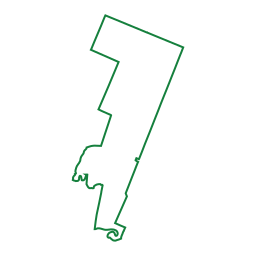 Munteni-Buzau, Ialomita, Romania
{"feature_id": "2599482B31913750834640", "entity_name": "Munteni-Buzau", "entity_type": "district", "adm_level": 2, "iso_a3": "ROU", "parent_name": "Romania", "parent_adm1": "Ialomita", "projection": "orthographic", "projection_center": [26.968, 44.659], "detail": "fine", "context": "isolated", "style": "outline", "palette": "green", "viewbox_px": 256, "rotation_deg": 0, "n_neighbors": 0, "source": "geoboundaries", "source_scale": "gbopen_adm2", "svg_char_len": 3959}
<svg xmlns="http://www.w3.org/2000/svg" viewBox="0 0 256 256"><path d="M181.2,52.6L183.2,47.4L158.4,37.2L154.5,35.6L148.0,32.9L147.4,32.7L147.1,32.6L146.9,32.5L146.9,32.4L146.6,32.4L138.7,29.1L105.4,15.4L105.1,16.0L104.3,17.8L101.0,25.9L94.2,42.0L91.4,48.8L90.9,49.8L118.6,62.0L108.7,85.7L98.5,109.4L102.2,111.2L110.6,114.9L111.0,115.1L111.1,115.3L108.3,123.9L105.5,132.3L102.6,141.1L101.0,145.9L95.7,145.7L94.7,145.7L93.8,145.7L92.9,145.8L92.1,145.9L91.4,146.0L90.3,146.3L89.0,146.7L86.6,147.5L86.6,147.9L86.3,148.7L85.4,149.7L84.8,150.2L84.1,151.2L83.9,151.8L83.7,152.8L83.4,153.6L81.9,155.6L81.2,156.7L80.6,158.3L80.4,159.4L80.3,160.1L80.2,160.8L79.9,161.4L79.5,162.1L79.0,163.1L78.5,163.7L78.0,164.4L77.8,164.7L77.5,165.2L77.2,165.6L76.9,166.1L76.6,166.8L76.2,167.8L76.1,168.1L76.0,168.5L75.9,169.0L75.7,169.5L75.5,170.5L75.5,170.9L75.4,171.3L75.5,171.7L75.6,172.1L75.7,172.5L75.9,173.1L75.2,173.7L75.3,173.8L75.0,174.0L75.2,174.3L75.2,174.5L75.0,174.8L74.8,175.1L74.7,175.3L74.3,175.5L74.1,175.8L73.9,176.0L73.6,176.4L73.5,176.6L73.3,176.9L73.2,177.2L73.2,177.3L73.1,177.5L73.1,177.8L73.0,178.0L73.1,178.4L73.1,178.5L72.8,180.0L73.5,180.3L74.1,180.6L74.4,180.6L74.8,180.7L75.3,180.9L75.8,181.1L76.4,181.0L77.1,181.0L77.5,180.9L78.0,180.8L78.7,180.1L78.8,179.9L79.0,179.6L79.1,179.0L79.1,178.2L79.1,177.7L79.2,177.2L79.5,176.3L79.9,175.9L80.3,175.9L80.9,176.2L81.0,176.6L81.2,176.9L81.4,178.3L81.8,180.2L82.9,180.4L83.6,180.2L84.4,179.6L85.0,178.6L85.5,177.2L85.9,176.1L86.4,175.0L85.8,174.6L86.4,174.6L87.0,174.5L87.3,174.6L86.7,181.7L86.5,184.2L87.1,185.3L87.8,186.6L87.9,186.8L88.3,187.2L88.4,187.4L88.6,187.5L88.9,187.8L89.0,187.9L89.1,188.0L89.3,188.1L89.5,188.1L89.8,188.1L90.0,188.1L90.5,188.1L90.9,188.1L91.0,188.1L91.4,188.0L91.7,188.1L91.9,188.1L92.0,188.1L92.3,188.2L92.5,188.2L92.9,188.3L93.3,188.2L93.6,188.1L94.0,186.3L95.1,185.4L96.6,184.6L97.8,184.3L99.2,184.1L100.2,184.1L100.3,184.2L100.5,184.3L100.7,184.5L101.0,184.7L101.1,184.9L101.3,184.9L101.6,184.9L101.9,184.9L102.1,184.9L102.3,184.9L102.4,185.0L102.5,185.1L102.6,185.3L102.5,185.5L102.5,185.9L102.3,186.9L102.1,187.9L101.8,189.4L101.5,190.9L101.4,191.3L101.4,191.5L101.2,192.9L99.2,202.8L96.7,214.5L95.7,221.0L94.7,229.1L95.3,229.1L96.1,228.9L97.1,228.5L97.8,228.3L99.0,228.3L100.2,228.5L100.8,228.6L101.4,228.8L104.2,229.6L105.3,229.8L107.1,229.8L109.1,229.6L110.7,229.4L111.7,229.4L113.2,229.5L114.2,229.7L115.1,230.1L115.9,230.4L116.6,231.0L117.0,231.4L117.3,232.0L117.7,233.1L117.7,233.6L117.6,234.2L117.4,234.8L117.2,235.1L116.9,235.5L116.6,235.7L116.2,235.8L115.9,235.8L115.6,235.7L115.4,235.4L115.1,234.9L115.0,234.5L114.6,233.3L114.2,232.7L113.7,232.2L113.2,231.9L112.6,231.8L112.1,231.8L111.6,231.9L111.1,232.1L110.4,232.3L109.8,232.6L109.2,232.9L108.6,233.6L108.1,234.2L107.8,234.8L107.6,235.5L107.5,236.0L107.5,236.5L107.7,237.0L107.9,237.2L108.2,237.5L108.5,237.7L109.0,237.7L109.4,237.6L109.8,237.6L110.1,237.8L110.5,238.2L110.9,238.6L111.5,239.1L112.5,239.9L113.1,240.3L113.8,240.5L114.5,240.6L115.2,240.6L115.7,240.6L116.3,240.3L117.2,240.0L118.6,239.6L119.4,239.3L121.1,238.6L121.1,238.0L121.1,237.7L121.2,237.3L121.3,236.8L121.4,236.5L121.6,235.9L122.1,234.7L122.2,234.4L122.4,234.0L122.6,233.6L122.7,233.0L122.9,232.6L123.2,231.8L123.3,231.6L123.4,231.4L123.5,231.4L123.8,230.9L124.1,230.0L125.2,227.5L120.2,225.4L115.1,223.1L117.4,217.9L121.2,209.3L123.8,203.4L126.9,196.4L125.7,193.3L128.4,186.4L130.7,180.5L132.3,176.4L134.6,170.6L135.0,169.6L135.1,169.2L135.3,168.8L135.5,168.4L135.6,167.9L135.9,167.2L136.1,166.8L136.2,166.4L136.4,166.0L136.5,165.6L136.7,165.3L136.8,164.9L137.0,164.5L137.1,164.2L137.5,163.2L137.8,162.4L138.1,161.9L137.3,161.4L136.7,161.1L136.2,160.7L135.7,160.4L136.1,159.5L135.9,159.4L136.4,158.2L138.9,159.2L139.0,159.1L142.1,151.3L145.1,143.5L149.9,131.6L155.4,117.6L158.1,110.8L160.8,103.8L163.6,96.8L166.4,89.9L169.2,82.9L172.0,75.8L174.8,68.8L177.6,61.6L180.4,54.5L181.2,52.6Z" fill="none" stroke="#15803d" stroke-width="2"/></svg>